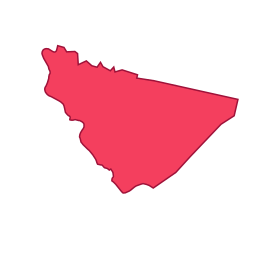 outline of Perry, Missouri, United States of America, rotated 193°
{"feature_id": "52423323B47197151820416", "entity_name": "Perry", "entity_type": "district", "adm_level": 2, "iso_a3": "USA", "parent_name": "United States of America", "parent_adm1": "Missouri", "projection": "mercator", "projection_center": [-89.676, 37.736], "detail": "fine", "context": "isolated", "style": "filled", "palette": "rose", "viewbox_px": 256, "rotation_deg": 193, "n_neighbors": 0, "source": "geoboundaries", "source_scale": "gbopen_adm2", "svg_char_len": 1718}
<svg xmlns="http://www.w3.org/2000/svg" viewBox="0 0 256 256"><g transform="rotate(193 128 128)"><path d="M113.1,179.9L130.7,178.6L130.7,182.0L146.8,183.3L153.3,179.7L155.6,184.2L158.1,179.8L166.2,182.1L169.6,185.8L171.8,180.3L177.2,180.5L183.7,184.0L190.7,178.5L193.9,189.2L197.0,190.6L204.9,188.4L208.5,192.1L215.0,192.4L215.0,190.7L215.0,190.2L215.1,187.6L215.3,186.8L215.6,186.2L216.5,185.5L217.3,185.4L218.6,185.6L223.3,187.2L225.7,186.9L227.2,186.1L228.2,185.0L228.7,183.3L228.7,182.3L228.6,181.3L228.0,180.1L225.8,176.9L219.5,170.1L218.3,167.6L216.8,165.8L216.2,164.0L216.4,163.0L216.7,162.4L216.7,160.4L216.4,158.4L216.7,153.9L217.3,150.6L217.9,148.9L217.9,147.2L217.2,145.5L216.5,144.4L214.9,143.0L213.8,142.3L212.1,141.6L209.9,141.3L201.5,139.0L199.4,138.3L196.5,136.7L195.3,135.1L194.1,132.7L192.5,129.2L190.7,127.8L188.8,126.6L187.7,126.5L186.8,125.6L186.6,124.9L186.7,123.4L186.5,123.0L186.3,122.8L184.3,123.0L183.1,123.4L181.4,124.3L177.8,124.2L176.6,124.4L173.9,123.6L172.4,122.7L171.8,121.9L171.6,121.4L171.1,119.1L171.5,117.3L172.2,115.7L173.1,112.9L173.4,110.9L173.3,108.9L173.1,108.2L172.3,107.2L170.6,103.7L169.1,102.6L168.2,101.8L166.6,100.8L162.5,98.3L160.6,97.3L156.2,93.9L152.6,90.4L151.6,89.1L150.5,87.2L149.5,85.9L146.4,85.9L145.2,86.1L144.2,85.6L142.8,84.5L141.9,84.0L139.1,83.9L137.5,83.2L136.8,82.8L135.5,84.1L133.3,82.0L132.6,81.1L131.3,77.6L131.5,76.6L132.1,75.5L132.0,73.4L131.6,72.7L130.2,72.2L127.3,70.4L120.5,65.0L118.6,63.7L118.0,63.6L116.1,64.2L112.5,66.9L111.3,68.2L108.4,72.0L106.9,73.5L102.2,76.5L100.8,77.2L97.4,77.2L94.4,76.8L90.2,75.3L89.9,75.2L71.4,95.5L61.0,114.0L38.2,152.6L27.3,163.8L27.3,180.6L113.1,179.9Z" fill="#f43f5e" stroke="#9f1239" stroke-width="1.5"/></g></svg>